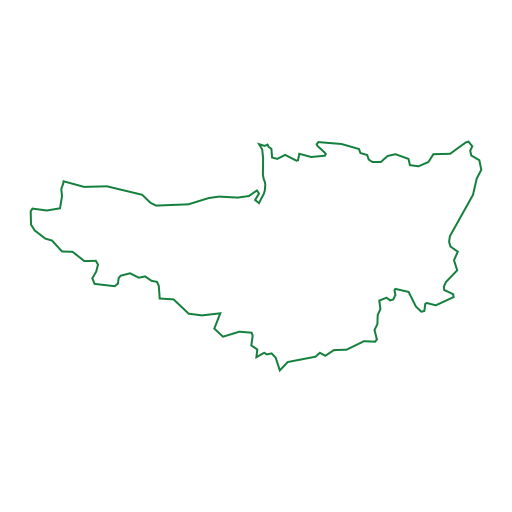 Somerset, orthographic projection
{"feature_id": "GBR-2047", "entity_name": "Somerset", "entity_type": "Administrative County", "adm_level": 1, "iso_a3": "GBR", "parent_name": "United Kingdom", "parent_adm1": "", "projection": "orthographic", "projection_center": [-2.947, 51.075], "detail": "fine", "context": "isolated", "style": "outline", "palette": "green", "viewbox_px": 512, "rotation_deg": 0, "n_neighbors": 0, "source": "natural_earth", "source_scale": "10m", "svg_char_len": 1964}
<svg xmlns="http://www.w3.org/2000/svg" viewBox="0 0 512 512"><path d="M63.6,181.3L84.1,186.9L106.9,186.3L142.2,194.8L150.6,202.9L156.1,205.6L188.5,204.3L208.9,198.0L219.1,196.6L237.8,197.6L248.9,196.0L256.9,190.5L259.0,193.6L255.1,200.0L259.0,203.1L263.8,193.8L264.8,190.5L265.3,184.7L264.8,181.8L263.8,179.3L262.9,175.1L263.1,158.1L262.2,149.5L259.1,144.2L264.6,145.9L267.5,144.6L267.7,144.9L268.4,146.6L268.5,146.7L271.4,148.9L272.1,157.5L277.3,158.9L285.1,154.9L296.5,160.7L298.0,160.3L299.3,153.8L311.2,157.0L324.9,155.7L325.8,154.1L324.8,152.7L317.3,145.8L316.6,144.3L318.4,142.1L341.4,144.0L346.4,145.4L358.9,149.0L360.5,153.1L367.2,155.0L368.7,159.5L372.4,162.0L380.8,162.0L387.6,156.0L395.4,154.2L408.5,158.9L409.9,165.1L418.5,166.3L428.4,162.0L433.4,154.2L450.1,153.8L465.8,142.4L468.5,141.6L472.3,146.3L470.2,150.7L471.3,155.5L479.3,160.2L481.3,169.8L476.7,178.6L473.0,194.8L449.9,236.2L449.1,241.9L450.4,246.5L457.8,251.7L454.0,260.2L457.2,270.3L445.9,282.1L443.9,286.5L444.2,290.0L453.2,294.2L453.6,297.1L435.8,305.3L426.7,303.0L425.3,303.8L424.3,311.0L421.3,311.7L415.9,306.5L408.6,291.9L395.4,288.9L394.5,290.1L395.4,295.0L393.2,299.5L390.1,300.4L386.5,297.7L379.3,300.6L380.4,309.1L377.7,315.0L377.4,324.1L374.5,330.0L376.9,339.4L375.1,341.7L364.0,341.2L346.5,349.7L333.9,350.1L325.3,355.8L319.9,352.8L315.5,356.7L287.8,362.0L279.8,370.4L275.7,357.7L271.6,353.4L266.9,354.4L264.2,352.8L256.4,357.2L257.3,349.5L251.3,345.4L252.7,335.7L251.6,332.7L239.4,331.7L223.0,336.7L214.3,328.6L220.3,313.3L202.0,315.4L188.7,313.7L173.6,299.4L159.7,298.5L158.8,285.9L157.0,281.9L151.5,280.8L145.1,276.4L138.8,277.7L130.1,273.3L120.7,275.7L118.7,278.0L117.9,283.6L114.7,286.2L94.6,283.9L92.3,278.3L96.2,271.6L98.0,264.6L95.8,260.8L84.4,261.1L72.5,251.8L62.0,251.5L52.1,240.6L45.3,238.6L34.6,230.4L31.0,224.5L30.7,211.2L32.5,208.6L46.9,210.5L60.0,208.3L62.0,196.2L61.3,189.0L62.7,184.9L63.1,184.1L63.6,181.3Z" fill="none" stroke="#15803d" stroke-width="2"/></svg>